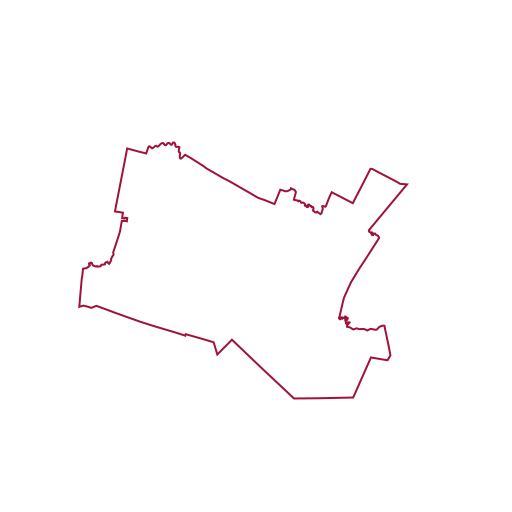 Orbeasca, Teleorman, Romania (orthographic projection), rotated 309°
{"feature_id": "2599482B32286480268164", "entity_name": "Orbeasca", "entity_type": "district", "adm_level": 2, "iso_a3": "ROU", "parent_name": "Romania", "parent_adm1": "Teleorman", "projection": "orthographic", "projection_center": [25.351, 44.113], "detail": "fine", "context": "isolated", "style": "outline", "palette": "rose", "viewbox_px": 512, "rotation_deg": 309, "n_neighbors": 0, "source": "geoboundaries", "source_scale": "gbopen_adm2", "svg_char_len": 5923}
<svg xmlns="http://www.w3.org/2000/svg" viewBox="0 0 512 512"><g transform="rotate(309 256 256)"><path d="M257.2,422.9L257.8,423.8L263.4,423.0L270.2,414.9L280.2,402.6L282.6,399.8L281.7,398.3L278.7,396.5L275.0,396.2L274.0,395.5L271.5,390.9L268.1,389.3L267.5,386.5L266.8,385.3L264.0,382.1L263.2,379.8L260.1,377.8L259.6,373.8L258.3,371.3L259.3,370.5L263.2,370.5L263.1,370.2L262.4,369.2L262.2,369.2L262.0,369.4L262.0,369.6L261.7,369.6L261.4,369.5L261.1,369.1L260.3,368.9L260.2,368.8L260.2,368.7L260.2,368.4L260.6,367.9L261.3,367.3L261.6,366.7L261.9,366.5L262.1,366.3L262.2,365.8L262.3,365.7L262.8,365.5L263.1,365.5L263.0,366.2L262.9,366.4L263.0,366.9L263.2,367.0L264.3,366.9L265.0,366.6L265.4,366.5L265.6,366.3L265.6,366.1L265.1,365.2L265.1,364.8L264.8,364.4L264.8,364.2L265.3,363.9L265.2,363.6L265.1,363.4L263.8,364.0L263.5,364.0L263.3,363.9L263.2,363.7L263.6,363.4L263.6,363.2L263.1,362.9L262.8,362.4L261.8,362.4L261.6,362.4L261.7,362.0L262.4,361.5L262.4,361.3L262.3,361.2L262.1,361.1L261.9,360.9L261.7,360.9L261.4,361.1L261.2,361.4L261.1,361.5L260.9,361.3L260.7,361.0L260.5,360.9L260.4,361.0L260.3,361.3L259.8,361.2L259.6,361.1L259.6,360.9L259.9,360.5L259.8,360.1L259.8,359.8L260.3,359.7L260.4,359.4L260.6,359.2L261.2,359.2L261.3,359.1L275.5,352.2L276.2,352.0L276.2,351.9L276.9,351.6L278.4,350.8L282.9,349.6L286.0,348.8L290.1,347.7L291.7,347.3L293.7,346.8L294.3,346.7L294.5,346.5L306.7,344.8L312.9,344.0L313.3,344.0L323.7,343.0L347.6,340.3L348.1,339.2L348.2,338.6L348.5,338.1L348.5,337.6L348.2,337.0L348.0,336.2L348.0,335.7L348.2,335.2L348.4,334.5L347.7,334.1L347.5,333.8L347.6,333.2L347.2,332.8L347.1,332.7L347.0,332.8L346.6,333.3L346.4,333.8L346.1,333.9L345.8,333.8L345.4,332.9L345.4,332.5L345.6,332.2L346.4,331.9L346.8,331.9L347.3,331.4L347.3,331.2L347.2,331.0L346.3,330.9L346.1,330.7L346.3,330.1L346.3,329.8L346.1,328.9L346.1,328.6L346.3,328.4L346.8,328.2L346.8,327.7L347.1,327.5L406.7,328.3L402.8,322.6L402.5,320.3L401.6,315.5L396.7,291.3L395.7,290.1L382.7,292.9L358.0,298.0L353.2,274.7L350.2,275.4L347.2,276.2L338.6,279.0L338.1,279.0L337.8,278.7L337.7,278.1L337.3,277.5L337.1,276.8L336.8,276.3L336.7,276.2L336.4,276.2L336.1,276.3L336.0,276.5L335.4,277.3L334.7,278.2L334.5,278.4L333.1,278.9L332.7,279.0L330.5,280.0L329.8,279.9L329.1,279.7L329.0,278.2L328.9,277.8L328.9,276.9L328.9,276.7L328.9,275.7L328.7,275.6L328.5,275.8L328.3,275.8L327.9,275.6L327.7,275.2L327.1,274.5L327.1,274.3L327.3,273.3L327.1,272.5L327.4,271.9L327.3,271.7L328.1,271.1L328.9,271.0L329.2,270.8L329.5,270.3L329.8,269.6L329.9,269.4L329.7,269.1L329.1,268.7L329.1,268.2L329.5,267.9L329.5,267.7L329.5,267.2L329.2,267.0L329.2,266.8L329.2,266.0L329.4,265.5L329.3,264.8L329.2,264.6L329.0,264.3L328.7,264.2L328.5,264.3L328.4,264.4L328.6,265.1L328.4,265.3L328.2,265.4L326.9,265.5L326.5,265.4L326.2,265.1L326.1,264.7L327.0,264.4L327.2,264.2L327.1,263.9L326.6,263.6L326.1,263.0L326.0,262.7L325.9,262.4L326.0,262.1L326.6,262.0L326.8,261.9L327.1,261.3L327.3,261.1L327.3,260.4L327.2,259.2L327.1,258.8L326.7,258.5L326.1,258.2L325.9,257.8L325.9,257.4L326.1,256.7L326.5,256.1L326.5,255.8L326.4,255.5L326.2,254.9L325.9,254.4L325.7,254.4L325.3,254.5L325.1,254.4L325.1,254.2L325.2,253.6L325.1,252.8L324.9,252.6L324.7,252.4L323.6,250.0L330.8,246.8L331.6,244.4L330.6,240.6L329.6,241.1L327.6,240.3L326.2,239.6L325.5,239.0L324.6,237.8L324.3,236.7L322.8,233.2L308.0,237.7L305.4,229.1L304.3,225.7L303.8,224.6L302.5,220.8L301.2,212.2L297.8,190.9L296.7,185.0L295.8,181.0L294.6,173.0L292.9,162.5L292.8,158.8L291.2,144.6L290.1,137.3L289.1,137.1L286.9,136.9L285.2,136.6L284.4,136.3L284.2,136.1L284.2,135.8L284.3,135.2L284.8,134.6L285.8,133.8L287.3,133.0L288.3,132.1L288.5,131.6L288.5,131.3L288.3,130.9L288.5,130.6L288.6,130.3L288.7,130.1L290.3,129.0L290.8,128.7L291.6,128.5L292.0,128.3L292.4,128.0L292.4,127.7L291.9,126.7L291.7,126.6L291.6,126.4L291.2,126.1L290.9,125.8L290.6,125.3L290.5,125.1L290.6,124.8L290.8,124.1L291.7,123.4L292.0,122.6L292.5,122.0L292.6,121.8L292.6,121.5L292.6,120.9L292.2,120.4L292.1,120.2L291.8,120.2L290.3,120.4L289.3,120.4L289.1,119.9L288.9,119.4L289.1,118.6L289.3,118.2L289.3,117.9L289.0,117.1L288.5,116.5L287.1,116.3L285.6,116.3L285.4,116.2L285.1,115.7L284.9,115.3L285.1,114.2L285.0,113.9L285.4,113.5L285.4,113.3L285.3,112.9L284.9,112.2L284.6,111.9L282.9,111.3L282.5,111.3L280.2,111.2L279.6,111.0L279.1,110.8L279.0,110.6L278.9,110.3L278.9,109.5L278.9,109.2L278.6,108.8L277.8,108.4L276.1,108.2L275.1,107.9L274.3,107.4L274.2,107.1L274.4,105.0L274.3,104.4L274.0,103.9L273.9,103.8L273.6,103.8L273.1,103.8L266.6,106.1L263.0,98.4L258.5,88.2L248.8,93.4L201.9,118.3L202.3,119.2L203.6,121.2L205.9,125.3L201.1,128.2L201.8,129.3L201.9,129.2L202.7,130.4L203.3,130.1L204.5,132.0L201.7,133.8L200.9,132.2L198.7,129.7L189.6,134.8L184.4,136.9L169.3,142.6L168.6,143.0L167.8,144.2L166.4,144.7L165.7,144.5L162.5,145.2L161.8,146.0L160.7,146.4L159.8,146.4L158.9,146.7L157.5,146.8L157.9,144.4L157.4,144.5L157.3,144.0L157.0,143.5L156.6,143.3L155.4,143.2L155.0,143.6L154.2,143.8L154.1,143.7L153.9,143.3L153.0,142.6L152.5,141.8L152.1,141.5L151.6,141.4L150.8,141.5L150.4,141.7L150.2,141.7L149.1,140.6L148.6,140.3L148.1,139.7L148.0,139.4L148.1,138.8L147.9,138.6L147.2,138.3L147.0,138.0L146.7,137.1L146.4,136.5L146.1,135.5L146.2,134.8L146.4,134.5L146.6,133.7L147.1,133.2L147.3,132.8L147.2,132.2L147.0,131.9L146.6,131.6L146.4,131.6L146.3,131.8L146.0,131.8L145.9,131.7L145.5,131.1L145.0,130.9L144.8,131.0L144.6,131.3L144.5,132.2L144.4,132.4L144.2,132.7L143.9,132.9L143.0,132.6L141.8,132.6L141.2,132.1L140.1,132.0L139.7,131.8L139.0,131.1L138.2,130.5L137.6,129.6L137.3,129.6L136.6,130.0L130.9,133.7L129.8,134.3L129.4,134.4L111.7,146.3L105.3,150.7L108.0,152.4L108.4,152.8L109.1,153.5L110.9,157.6L112.0,160.6L116.6,163.2L117.0,163.8L123.4,182.8L131.8,206.7L137.0,220.1L146.4,242.9L149.6,251.2L151.0,250.6L157.2,265.0L162.3,277.4L155.1,287.9L175.8,290.0L172.3,332.6L169.2,375.2L185.2,394.6L207.2,420.6L249.5,409.2L257.2,422.9Z" fill="none" stroke="#9f1239" stroke-width="2"/></g></svg>